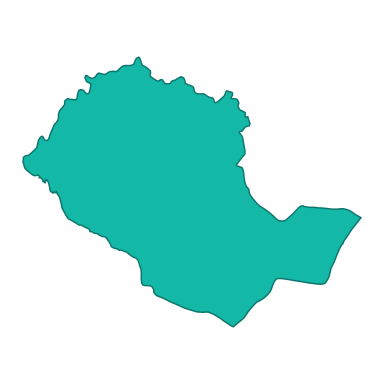 outline of Sithor Kandal, Prey Vêng, Cambodia
{"feature_id": "14789045B29604176056880", "entity_name": "Sithor Kandal", "entity_type": "district", "adm_level": 2, "iso_a3": "KHM", "parent_name": "Cambodia", "parent_adm1": "Prey Vêng", "projection": "natural_earth1", "projection_center": [105.355, 11.775], "detail": "fine", "context": "isolated", "style": "filled", "palette": "teal", "viewbox_px": 384, "rotation_deg": 0, "n_neighbors": 0, "source": "geoboundaries", "source_scale": "gbopen_adm2", "svg_char_len": 5539}
<svg xmlns="http://www.w3.org/2000/svg" viewBox="0 0 384 384"><path d="M67.1,99.0L65.9,99.9L64.9,100.9L64.7,102.3L64.5,104.9L62.7,107.2L60.2,110.0L59.2,111.8L58.5,114.5L58.5,117.4L58.1,119.8L56.5,122.2L54.4,124.7L53.5,126.4L52.4,129.2L51.4,131.4L49.8,135.2L49.2,137.9L48.2,139.6L47.2,140.5L45.7,140.4L44.5,140.0L43.3,137.4L42.3,136.3L41.3,136.6L40.2,137.6L39.7,138.4L39.2,139.1L38.6,140.0L37.8,142.9L37.0,147.4L35.0,149.6L33.4,151.1L31.4,152.9L30.2,154.1L28.8,155.2L27.7,155.4L26.6,155.6L25.8,155.8L25.0,156.2L23.5,157.2L23.4,158.8L23.1,160.3L23.3,161.2L23.0,162.5L23.8,163.9L24.1,165.8L24.8,168.1L26.5,170.0L29.1,172.2L30.9,173.6L33.1,175.2L34.6,175.7L36.0,175.6L37.7,175.1L38.7,175.3L39.1,175.9L39.3,177.8L40.5,177.4L41.4,178.7L42.5,179.4L42.9,180.2L42.9,181.4L44.3,180.9L44.2,182.3L45.1,182.8L45.6,181.4L45.8,179.9L46.6,179.6L48.0,181.7L48.8,183.5L49.3,185.9L49.9,188.8L50.0,190.3L50.8,191.6L52.3,192.4L53.0,193.1L53.8,192.9L54.3,191.6L55.3,192.4L56.0,192.8L56.6,191.8L57.2,193.4L58.2,195.4L59.5,196.9L59.8,198.1L60.5,201.0L61.0,202.5L61.6,205.4L62.0,207.8L63.8,211.4L64.8,213.1L66.2,215.6L67.3,217.5L68.5,218.9L70.4,219.9L71.4,220.4L74.2,222.0L76.9,223.6L78.9,225.0L81.3,225.2L82.8,226.0L84.0,226.6L84.8,227.1L85.6,227.4L86.7,227.8L87.5,228.5L89.1,229.0L89.6,230.2L89.8,231.1L90.4,231.7L91.2,231.6L92.0,231.8L92.9,232.4L94.5,233.2L95.9,233.5L96.8,233.5L97.5,233.7L98.5,234.6L99.4,235.1L100.8,235.8L102.1,236.5L103.4,236.6L104.9,236.8L105.9,237.6L106.9,238.6L108.0,240.5L108.9,241.4L109.3,242.3L110.0,243.3L110.7,244.7L111.2,246.5L112.4,247.4L114.6,248.3L116.3,248.7L117.6,249.1L119.3,250.3L120.7,250.1L121.7,250.3L124.1,251.3L126.3,251.9L128.5,253.6L129.3,254.3L131.4,255.9L133.5,257.2L135.9,258.1L137.9,260.0L139.1,263.3L139.4,264.4L139.7,265.5L141.0,269.4L141.4,273.1L141.2,278.5L141.7,283.1L143.0,285.1L145.2,285.6L147.7,285.6L150.2,285.8L151.9,286.6L153.6,289.4L153.8,290.3L153.8,292.3L155.5,294.5L156.4,295.4L158.1,296.2L161.8,297.6L165.5,299.3L169.5,301.4L172.5,302.8L174.2,303.4L176.3,304.4L178.2,305.2L180.0,306.0L183.4,307.6L186.2,308.7L189.0,309.5L192.7,310.6L196.6,311.8L199.6,312.1L203.5,312.3L205.5,312.0L208.3,312.1L209.0,312.3L210.5,312.9L214.2,314.6L217.1,316.4L220.7,318.6L224.0,321.1L227.1,323.1L230.4,325.3L232.1,326.2L233.4,326.8L234.7,325.6L236.7,323.9L240.3,321.0L244.1,317.7L247.5,312.6L250.4,308.9L254.2,304.6L256.8,302.1L259.8,300.7L261.4,299.7L262.9,298.7L265.5,296.7L268.0,294.2L270.0,291.8L271.2,289.4L271.9,287.6L273.0,284.2L274.6,281.1L276.4,279.0L277.9,278.5L280.2,278.5L283.1,278.7L285.5,279.1L287.7,279.4L290.3,279.8L293.9,280.5L297.0,280.9L301.1,281.6L304.7,282.2L307.8,282.8L311.8,283.3L315.4,283.8L320.2,284.2L322.6,284.1L325.0,283.3L327.0,280.5L328.2,278.4L329.4,275.5L330.2,271.6L331.1,268.0L332.3,265.5L334.1,262.2L335.7,258.0L336.9,254.9L338.3,251.6L339.5,248.8L341.0,245.9L343.1,243.3L343.8,241.2L344.7,239.9L347.1,236.5L350.7,231.0L352.8,228.0L355.0,225.3L361.0,217.7L359.1,216.6L356.5,215.2L354.2,213.8L352.6,212.5L350.3,211.0L348.9,210.3L346.3,209.5L344.9,209.1L342.8,208.7L340.4,208.9L336.2,209.2L331.9,209.1L328.8,208.8L325.9,208.4L323.6,208.2L321.3,208.0L318.5,207.9L316.1,207.6L313.4,207.3L310.7,207.4L308.0,207.1L306.1,206.9L304.1,206.4L302.9,205.9L300.8,206.1L298.9,207.4L296.8,209.7L295.2,211.4L293.1,213.8L291.4,215.2L289.1,217.2L287.4,218.8L285.0,220.6L282.8,221.0L280.6,221.0L278.3,220.5L276.5,219.1L273.8,216.5L271.1,214.0L267.2,211.0L264.1,208.8L260.1,206.3L258.5,205.0L256.7,203.2L255.3,201.6L253.2,199.1L251.8,197.2L251.2,196.4L250.1,194.8L249.4,193.3L249.0,191.1L248.7,189.2L247.4,187.5L246.1,186.1L244.7,181.7L244.1,177.9L243.8,174.3L243.5,172.2L242.9,169.8L242.2,167.9L239.9,166.8L237.6,166.2L236.5,165.9L236.5,164.7L238.1,162.6L239.8,160.4L242.4,157.0L244.5,154.6L245.0,153.6L244.9,150.5L244.6,148.7L243.9,145.0L243.4,142.4L242.9,139.3L242.4,137.2L241.4,135.2L240.1,133.6L239.2,132.4L239.9,131.4L242.1,131.1L243.1,129.9L244.5,127.9L246.2,126.4L249.2,125.8L250.0,123.5L249.5,122.1L249.2,121.4L248.4,119.1L248.2,118.2L247.8,116.7L246.0,117.2L245.0,116.8L245.2,114.5L245.3,112.8L243.8,111.7L241.0,110.5L239.7,109.6L238.7,107.9L238.1,106.8L238.0,105.5L238.8,103.6L238.6,102.4L238.1,101.2L237.7,100.2L237.1,99.5L236.5,99.2L235.5,98.9L233.6,98.7L232.1,98.7L231.2,98.2L231.3,97.4L232.6,94.9L232.2,92.5L231.5,92.3L229.6,91.7L228.0,91.2L226.6,90.9L225.8,92.1L224.6,95.5L222.1,97.9L219.4,100.3L216.9,102.2L215.4,102.6L214.4,102.2L213.7,99.5L212.6,97.9L209.6,97.4L207.0,96.1L205.3,94.8L203.7,93.9L201.8,93.9L199.4,94.0L197.5,93.8L195.8,93.2L195.1,92.4L194.4,91.7L193.9,88.9L193.4,87.4L192.6,86.5L190.6,85.6L188.7,84.9L186.9,84.2L185.3,83.3L184.9,80.9L184.1,78.7L183.4,77.8L181.2,76.8L180.5,76.9L178.9,77.9L176.6,79.1L175.7,79.8L174.8,80.2L172.8,80.7L171.3,81.7L170.4,83.2L169.1,83.8L166.8,83.9L165.0,83.5L163.5,81.6L162.2,79.7L160.4,79.8L158.7,81.0L157.8,81.2L156.1,80.3L154.0,79.0L152.6,78.1L151.3,77.1L150.1,76.0L150.1,74.7L150.6,72.4L150.2,70.7L148.4,69.1L146.4,67.4L143.8,66.0L142.1,65.3L140.8,61.1L139.8,58.2L138.8,57.2L137.4,57.7L136.1,58.7L134.6,62.0L133.7,64.2L131.8,65.3L128.8,65.6L126.1,65.5L123.4,65.8L121.9,66.7L119.3,69.0L117.7,70.8L115.7,71.6L113.7,71.3L111.4,71.4L109.2,71.9L107.5,73.0L105.2,74.4L103.0,74.3L100.5,73.5L98.8,73.1L97.2,74.1L95.6,76.4L94.6,77.6L92.2,78.5L89.4,77.5L87.0,75.7L85.6,75.7L85.0,77.7L85.8,79.8L86.3,81.1L86.9,81.9L88.2,82.4L90.8,83.8L90.7,86.5L89.8,90.9L89.0,92.8L88.0,93.9L85.8,93.2L83.5,90.3L80.7,89.7L78.8,90.5L77.4,95.0L77.1,98.0L76.0,99.8L73.9,99.6L70.4,99.4L67.8,98.6L67.1,99.0Z" fill="#14b8a6" stroke="#0f766e" stroke-width="1.5"/></svg>